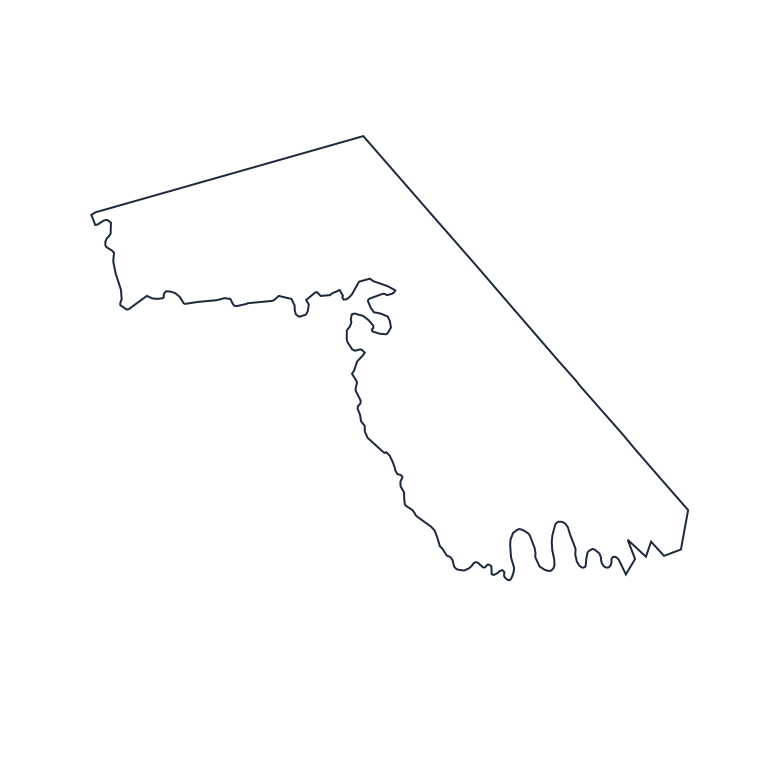 Allegany, Maryland, United States of America (Robinson projection), rotated 49°
{"feature_id": "52423323B81858638532101", "entity_name": "Allegany", "entity_type": "district", "adm_level": 2, "iso_a3": "USA", "parent_name": "United States of America", "parent_adm1": "Maryland", "projection": "robinson", "projection_center": [-78.645, 39.581], "detail": "fine", "context": "isolated", "style": "outline", "palette": "slate", "viewbox_px": 768, "rotation_deg": 49, "n_neighbors": 0, "source": "geoboundaries", "source_scale": "gbopen_adm2", "svg_char_len": 3582}
<svg xmlns="http://www.w3.org/2000/svg" viewBox="0 0 768 768"><g transform="rotate(49 384 384)"><path d="M183.3,237.0L123.7,364.2L65.2,488.9L64.3,493.9L74.5,497.6L75.8,495.4L76.3,491.8L76.8,488.2L78.0,485.9L79.6,484.9L83.2,484.3L91.1,491.6L92.2,495.2L92.1,497.2L93.7,500.9L96.7,503.4L98.5,503.7L105.0,501.7L107.9,501.7L113.8,507.9L124.9,514.2L140.3,520.7L147.7,526.2L149.9,529.9L151.6,531.3L158.0,529.6L159.0,529.4L160.1,527.3L161.9,505.2L167.6,502.6L171.5,498.7L174.2,494.4L173.9,493.2L171.9,491.5L171.0,488.7L171.3,487.3L174.3,484.4L178.6,481.9L184.2,481.0L191.7,482.2L193.1,481.5L199.7,471.0L211.1,455.1L214.6,448.0L219.0,444.2L224.9,445.6L226.8,445.6L228.5,444.2L233.4,435.1L233.5,434.0L247.9,413.9L248.6,411.7L248.5,405.6L257.9,398.9L259.2,398.0L266.2,400.0L269.5,402.8L273.7,404.9L277.7,403.8L280.4,397.5L279.1,393.8L274.8,388.7L269.5,387.6L269.8,375.7L270.9,374.2L275.9,374.1L281.5,366.5L281.6,363.6L284.0,355.8L290.4,357.1L291.5,358.7L293.7,359.1L295.4,357.0L295.8,353.0L295.3,349.4L290.4,335.7L295.3,325.5L296.5,325.3L299.6,324.5L312.9,316.9L320.8,314.0L321.5,316.4L321.2,318.6L318.9,323.5L316.3,324.4L315.0,326.0L310.1,338.9L310.1,340.7L310.9,341.7L317.6,344.0L323.1,344.6L328.5,340.4L335.5,337.0L340.2,338.2L345.9,341.7L348.1,348.1L347.9,349.7L343.5,354.1L336.7,358.2L334.9,357.4L334.7,355.3L332.9,353.8L325.3,353.8L318.9,355.1L311.5,360.0L310.4,362.0L310.4,362.7L313.6,366.9L315.5,367.7L316.8,369.3L318.5,372.8L318.7,375.1L319.4,377.1L325.6,382.6L328.5,384.1L337.2,385.3L339.8,384.1L342.4,379.0L343.9,378.3L347.8,378.0L348.5,381.0L349.4,389.6L354.2,397.7L355.3,401.4L355.7,401.5L364.0,402.9L365.2,403.4L369.2,408.8L370.5,409.8L381.1,412.5L382.6,413.8L383.3,415.0L383.7,418.3L385.4,420.2L391.4,422.2L397.1,425.8L403.0,426.0L407.0,429.5L412.6,431.3L413.8,431.7L435.1,429.2L436.8,428.4L437.0,427.0L441.7,426.7L448.9,428.7L455.4,431.3L456.2,432.1L460.8,433.0L463.2,431.3L464.9,430.9L466.4,431.2L467.0,432.0L467.9,434.7L469.1,436.3L471.9,438.4L472.1,438.6L479.0,440.0L484.3,444.4L488.3,447.0L489.2,447.2L490.0,447.5L497.5,445.3L501.2,445.5L503.4,446.2L506.4,445.9L522.3,442.1L527.8,441.9L534.3,444.3L543.2,448.3L546.7,448.0L554.6,449.2L558.0,447.5L559.4,447.4L562.2,448.0L567.7,450.8L570.3,450.9L572.4,450.2L577.3,446.0L578.9,440.7L578.8,437.3L578.1,433.5L578.6,431.7L580.4,430.4L587.3,429.6L588.6,428.2L588.5,426.6L588.2,425.1L588.6,423.8L590.6,422.7L592.2,422.7L595.0,424.9L598.1,427.5L599.7,426.9L600.8,424.5L601.1,422.1L601.1,419.2L601.9,416.9L604.8,416.5L607.7,419.4L610.2,419.7L612.7,419.2L614.1,418.5L614.6,416.9L613.6,414.0L610.8,409.3L608.1,406.4L598.2,401.9L588.0,394.2L584.5,390.7L581.1,384.4L581.4,379.4L582.1,377.2L584.3,375.5L587.2,374.3L591.6,373.2L593.9,373.3L606.6,377.9L611.0,380.6L613.5,383.1L614.7,383.7L623.7,386.3L629.7,384.6L632.7,382.8L634.5,380.5L634.3,377.2L632.6,374.2L628.2,370.7L619.6,365.9L613.0,360.8L608.8,356.3L603.8,349.1L602.5,347.0L602.0,345.2L602.3,342.8L604.9,340.0L608.5,338.7L613.1,339.3L619.6,342.3L634.0,347.5L638.3,351.6L644.4,354.9L648.9,355.7L651.9,355.2L653.2,354.3L654.0,352.5L653.8,351.4L648.1,345.4L644.9,341.1L644.5,340.0L644.5,338.2L645.3,334.9L647.0,333.7L653.2,332.6L657.6,334.2L659.1,335.6L662.2,337.2L665.7,337.7L667.9,337.0L669.5,335.4L669.8,334.2L669.7,332.3L668.1,329.5L665.4,327.3L664.7,324.7L665.8,323.1L668.3,322.1L671.2,322.2L686.4,326.4L680.8,309.3L661.4,302.3L686.2,299.6L678.2,285.9L697.4,285.4L703.7,268.5L678.7,237.2L646.8,237.3L597.5,237.3L578.3,236.9L513.8,237.3L506.4,236.9L481.5,237.2L452.4,237.1L411.9,237.0L356.6,236.7L284.9,236.9L183.3,237.0Z" fill="none" stroke="#1e293b" stroke-width="2"/></g></svg>